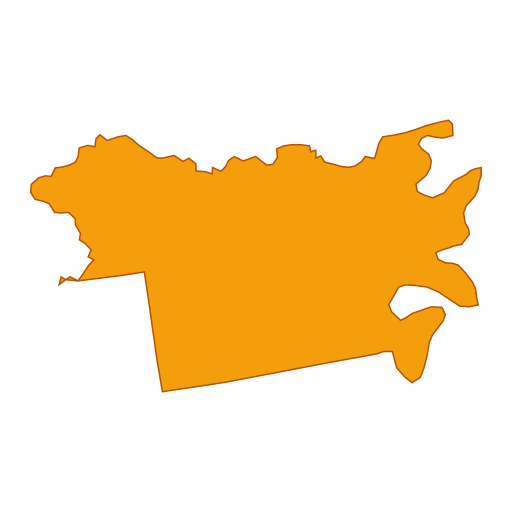 the district of Ariranha do Ivaí, Paraná, Brazil
{"feature_id": "56859067B92755437494593", "entity_name": "Ariranha do Ivaí", "entity_type": "district", "adm_level": 2, "iso_a3": "BRA", "parent_name": "Brazil", "parent_adm1": "Paraná", "projection": "orthographic", "projection_center": [-51.529, -24.379], "detail": "fine", "context": "isolated", "style": "filled", "palette": "amber", "viewbox_px": 512, "rotation_deg": 0, "n_neighbors": 0, "source": "geoboundaries", "source_scale": "gbopen_adm2", "svg_char_len": 2157}
<svg xmlns="http://www.w3.org/2000/svg" viewBox="0 0 512 512"><path d="M78.0,280.9L122.9,275.3L144.3,271.9L148.0,296.3L157.0,359.8L162.4,391.7L224.4,382.4L323.8,363.5L377.5,353.7L383.4,351.5L392.4,351.5L396.6,367.7L404.8,377.0L412.0,382.7L420.3,377.4L423.9,368.1L427.3,354.6L429.3,342.3L432.3,335.2L443.3,320.6L445.3,314.5L442.0,307.4L431.2,306.8L412.1,313.5L406.3,317.5L400.6,320.4L391.4,311.6L388.8,304.6L398.6,287.3L405.1,284.9L416.0,285.5L427.3,287.1L439.0,292.3L459.6,306.1L469.5,306.8L478.2,304.9L476.5,296.4L475.6,289.2L472.3,281.8L465.2,272.6L458.2,265.1L452.0,263.2L445.5,262.9L438.1,259.3L435.8,252.5L443.9,249.3L448.9,247.9L453.7,246.0L461.6,244.4L469.5,234.2L468.4,228.4L465.2,222.9L463.6,213.0L466.1,205.8L474.6,196.7L478.0,189.6L479.1,181.8L481.1,176.0L481.3,167.6L476.0,168.6L470.9,170.4L465.6,174.7L453.8,180.9L444.2,192.8L432.4,197.9L423.4,194.7L417.3,191.4L415.9,184.2L420.3,180.3L426.3,175.3L430.2,168.2L431.3,160.8L428.5,154.0L421.5,148.7L418.4,144.1L421.7,138.3L427.4,135.5L436.2,137.3L443.1,138.0L452.9,135.5L452.4,124.1L448.6,120.3L441.8,121.6L426.3,125.6L416.7,129.1L404.1,133.0L393.3,135.2L382.7,136.8L379.0,143.1L374.6,158.5L365.2,156.5L361.7,161.4L354.9,166.0L348.6,167.3L341.8,166.6L334.4,164.5L324.5,162.0L320.8,155.9L316.0,158.0L315.7,150.3L310.7,151.8L309.5,145.9L300.6,144.7L291.2,144.7L283.4,146.0L276.6,149.0L277.5,157.4L273.0,164.2L266.9,165.1L262.1,161.6L255.6,156.5L243.2,161.0L234.2,156.5L228.3,160.8L225.8,166.3L221.0,171.3L212.5,167.5L212.3,173.8L204.7,171.6L196.0,171.0L195.9,163.8L189.0,158.3L183.0,161.4L174.1,155.5L162.5,158.1L156.9,157.9L149.5,152.4L138.0,144.7L132.1,139.4L125.9,135.5L118.1,136.8L107.1,140.4L99.8,134.7L95.9,139.0L95.0,146.7L87.8,145.4L79.3,147.9L78.1,156.6L75.4,162.1L69.5,165.1L62.4,167.0L55.3,167.9L51.2,176.3L45.1,175.9L38.6,177.9L31.3,184.4L30.7,192.3L34.9,199.2L43.3,201.3L49.2,203.7L54.6,212.4L61.3,213.0L68.6,212.4L75.1,218.5L75.4,224.7L80.5,233.4L79.4,239.8L85.5,243.8L91.2,250.1L88.1,256.8L93.8,259.8L88.6,265.4L82.7,274.4L78.0,280.9ZM78.0,280.9L70.1,276.8L65.6,279.7L78.0,280.9ZM65.6,279.7L61.1,276.9L59.2,284.6L65.6,279.7Z" fill="#f59e0b" stroke="#b45309" stroke-width="1.5"/></svg>